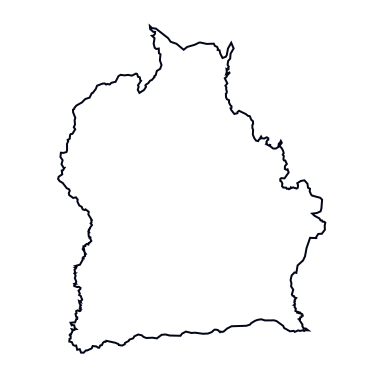 the district of Atebubu Amantin, Brong Ahafo, Ghana, rotated 92°
{"feature_id": "2480657B7685147466351", "entity_name": "Atebubu Amantin", "entity_type": "district", "adm_level": 2, "iso_a3": "GHA", "parent_name": "Ghana", "parent_adm1": "Brong Ahafo", "projection": "orthographic", "projection_center": [-1.011, 7.728], "detail": "fine", "context": "isolated", "style": "outline", "palette": "ink", "viewbox_px": 384, "rotation_deg": 92, "n_neighbors": 0, "source": "geoboundaries", "source_scale": "gbopen_adm2", "svg_char_len": 5959}
<svg xmlns="http://www.w3.org/2000/svg" viewBox="0 0 384 384"><g transform="rotate(92 192 192)"><path d="M79.3,248.1L78.8,249.9L76.0,251.0L75.6,252.1L77.8,256.1L77.2,260.0L77.8,263.5L77.4,267.4L78.7,269.5L84.5,272.2L85.7,276.4L87.4,278.0L87.0,280.5L87.6,281.6L86.6,283.0L86.7,284.9L89.1,290.6L92.5,291.8L96.5,294.7L96.8,295.7L101.2,297.6L102.8,301.9L106.3,305.1L109.6,310.5L111.9,312.4L113.1,312.6L113.9,313.8L116.5,313.6L122.0,311.2L124.3,311.8L128.7,311.3L131.4,312.4L133.4,310.9L138.0,313.5L138.3,315.1L139.3,315.8L143.1,316.1L144.3,318.1L145.5,317.5L148.3,318.6L154.7,318.3L156.5,318.9L157.4,321.8L157.3,324.4L161.6,324.7L164.8,322.4L168.7,323.4L172.3,321.2L172.3,320.3L174.9,321.8L175.1,322.9L178.9,322.3L181.3,325.7L183.6,326.3L185.8,324.6L187.4,321.6L192.6,317.3L193.6,314.9L195.2,314.2L197.4,315.1L199.4,314.6L202.1,310.5L201.4,307.8L203.5,306.0L205.6,306.2L209.4,304.2L210.7,301.7L213.1,300.7L213.8,298.5L213.1,297.8L215.4,294.5L218.0,294.8L223.5,291.2L223.7,291.7L225.9,291.3L226.9,292.2L228.5,290.8L231.1,292.6L232.2,292.7L233.0,293.8L234.2,293.5L234.9,294.2L236.2,293.3L236.6,294.0L240.0,293.6L240.3,292.8L241.2,292.9L241.2,291.9L242.3,292.0L244.4,290.9L246.4,292.7L246.5,293.4L248.1,293.7L247.6,295.4L249.1,297.1L249.8,296.9L250.1,298.6L251.7,298.2L251.7,298.8L252.8,298.9L252.8,298.2L253.8,297.6L254.4,297.7L254.2,298.3L257.5,296.1L257.6,296.9L259.7,296.6L261.0,298.4L262.2,298.0L262.3,299.0L263.6,298.9L268.5,301.4L269.9,305.7L270.4,304.6L271.5,305.1L271.7,306.2L272.3,305.4L273.9,306.7L276.4,306.0L277.1,306.5L277.2,305.9L277.5,306.4L279.9,305.4L282.1,306.1L285.7,304.5L287.4,305.3L287.7,304.9L287.9,306.2L288.5,305.6L289.2,306.5L290.1,306.4L291.0,303.3L290.7,301.9L291.7,300.1L292.8,300.2L294.5,301.9L295.0,301.5L294.8,301.1L295.4,301.6L297.3,300.6L298.9,301.2L299.8,299.6L303.5,298.0L305.1,299.6L305.8,299.3L304.9,301.1L307.5,300.4L309.0,299.0L310.0,299.9L311.4,299.2L312.0,300.0L312.9,299.1L313.1,299.7L314.4,299.2L315.0,300.0L314.3,302.3L315.1,303.6L317.2,303.2L318.0,304.2L320.9,303.3L321.2,302.3L322.9,302.3L323.1,303.2L326.3,304.3L326.9,308.8L329.4,307.6L329.0,306.8L329.4,305.0L331.8,304.5L333.0,303.0L333.1,304.2L333.9,304.6L333.4,307.3L334.9,306.4L337.9,307.8L338.4,308.6L338.8,308.2L339.4,309.1L340.5,308.2L342.7,308.2L343.2,309.3L345.7,309.4L346.3,306.8L349.0,305.5L349.7,304.1L349.5,302.4L353.7,301.2L353.0,298.7L356.4,297.3L356.4,294.7L354.0,292.5L354.0,291.2L351.8,286.8L349.4,285.9L349.7,282.1L350.8,280.6L350.9,279.4L348.5,278.3L348.2,276.7L345.9,275.8L344.6,274.3L344.8,273.2L343.7,272.5L345.4,263.2L346.6,260.2L347.5,259.8L347.9,256.5L346.5,253.9L345.1,253.6L343.1,250.1L341.7,249.4L340.3,245.7L338.2,244.5L336.3,240.8L337.0,237.1L338.4,235.6L339.5,232.6L339.0,226.3L339.5,222.0L335.8,217.4L335.3,213.5L336.2,209.4L336.1,198.5L333.9,197.0L331.7,193.2L332.9,187.6L332.5,183.9L333.3,176.2L332.9,171.1L331.4,167.5L328.9,164.9L328.7,163.3L329.1,161.2L331.1,159.1L330.5,158.5L330.8,157.2L330.4,155.6L327.2,152.1L324.8,147.8L323.8,133.0L322.5,129.4L321.0,128.3L318.6,124.6L317.5,122.0L316.8,118.3L317.8,114.5L317.4,105.5L318.0,103.1L322.6,96.2L324.7,95.2L327.8,89.2L327.2,85.5L328.2,84.4L326.6,81.0L327.1,79.3L326.3,76.2L327.0,75.1L326.1,73.7L326.2,71.1L324.4,73.7L324.5,75.7L322.3,77.0L320.6,77.0L316.5,80.0L315.9,79.7L315.3,80.7L314.8,79.6L313.6,79.5L313.3,78.3L312.2,78.2L311.8,77.0L310.3,77.5L309.5,79.7L308.8,79.6L308.4,81.1L309.3,81.1L308.9,82.7L308.0,82.6L307.3,84.5L304.8,84.2L303.8,85.3L301.5,85.4L301.4,86.1L300.3,85.1L298.7,85.9L297.6,85.3L297.3,85.8L296.0,85.5L294.3,84.2L293.6,86.1L292.4,86.6L292.1,88.0L290.8,88.6L286.1,87.4L282.8,89.7L280.0,89.4L276.7,90.4L271.9,89.5L268.8,86.7L269.2,84.9L261.7,83.9L256.5,78.6L252.3,76.8L244.2,75.6L233.7,72.4L233.7,66.2L232.5,66.2L229.5,64.3L229.2,60.8L225.1,57.9L220.9,58.2L218.0,57.7L217.1,58.9L217.1,60.6L215.9,61.1L215.9,62.5L214.0,63.7L211.5,68.7L209.4,71.1L208.6,66.3L206.8,62.8L203.9,62.1L195.1,61.7L193.3,63.7L191.4,71.8L190.4,72.9L187.2,74.4L184.6,74.2L183.7,76.2L179.7,76.9L176.4,80.1L177.2,83.6L179.5,87.1L181.4,86.3L184.0,86.4L184.9,87.5L183.9,91.1L184.5,92.6L183.9,93.4L185.3,94.1L185.8,95.3L185.3,95.9L185.5,97.3L184.4,98.1L184.4,100.9L183.1,102.2L180.3,102.0L178.2,103.2L178.0,104.0L176.1,104.3L175.1,103.4L175.1,100.0L169.2,96.1L166.0,97.3L166.5,98.3L165.7,100.0L162.9,100.0L160.7,98.2L157.3,99.9L157.2,101.2L156.1,101.8L152.8,101.5L151.5,102.6L149.9,101.7L147.4,102.5L144.9,104.0L143.0,106.2L139.7,104.0L137.9,105.0L140.1,106.0L140.6,106.9L144.0,107.3L145.6,109.7L145.8,111.0L145.6,112.6L143.9,114.9L143.0,115.6L141.4,115.4L143.1,116.3L141.5,119.6L140.5,118.9L139.5,119.4L137.6,118.5L137.1,117.6L135.7,117.6L134.7,119.2L136.1,121.8L135.8,124.0L134.2,124.9L135.6,125.7L136.2,125.3L137.3,127.0L138.8,127.6L138.5,129.7L136.1,131.6L132.5,133.2L127.7,133.1L126.0,133.9L122.9,134.0L121.8,133.3L119.2,133.5L117.7,135.3L114.2,136.9L114.0,138.6L112.2,141.0L109.2,147.8L110.5,149.3L111.7,149.4L112.5,152.4L108.6,155.7L107.0,156.4L106.6,155.5L104.9,155.5L103.8,156.8L101.4,158.1L99.0,158.2L98.0,160.4L96.0,161.3L92.7,161.6L92.0,160.9L90.4,160.7L87.9,161.5L86.4,161.3L84.6,162.3L82.2,160.5L77.2,163.2L75.8,161.5L74.5,161.1L71.7,158.7L71.3,158.9L73.0,162.0L70.8,161.4L67.9,161.8L68.5,160.6L67.8,159.7L66.5,160.2L65.6,159.6L63.6,160.9L59.7,160.4L57.4,158.5L52.5,158.3L47.1,155.4L41.5,158.0L47.2,161.0L54.1,162.1L55.7,163.0L57.0,166.2L52.6,168.6L49.5,169.4L49.1,171.3L48.0,171.0L46.1,172.0L45.1,174.3L43.0,175.4L43.5,182.4L42.3,189.0L42.5,190.2L44.8,194.5L47.2,201.9L50.1,205.3L44.4,212.7L42.6,218.6L39.1,221.2L30.0,233.7L29.6,237.7L27.6,239.9L30.6,239.5L33.3,236.3L33.3,234.5L35.4,234.6L37.1,236.1L37.3,237.4L39.6,234.8L45.1,235.5L49.2,234.3L50.3,232.6L49.8,230.2L54.4,229.9L55.5,228.3L61.5,228.7L66.2,226.9L70.0,228.1L72.3,231.4L76.4,232.3L77.7,233.8L78.4,233.5L81.4,236.0L82.3,237.9L84.6,239.4L86.5,242.0L87.3,242.3L88.5,241.6L91.7,243.5L94.8,248.0L91.7,249.8L88.7,249.0L87.2,249.7L82.6,246.8L82.1,247.6L79.3,248.1Z" fill="none" stroke="#020617" stroke-width="2"/></g></svg>